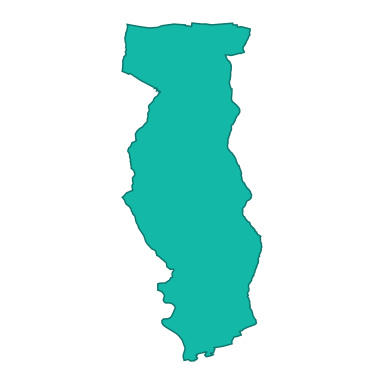 the district of Tetoiu, Vâlcea, Romania
{"feature_id": "2599482B45871606876108", "entity_name": "Tetoiu", "entity_type": "district", "adm_level": 2, "iso_a3": "ROU", "parent_name": "Romania", "parent_adm1": "Vâlcea", "projection": "robinson", "projection_center": [23.926, 44.772], "detail": "fine", "context": "isolated", "style": "filled", "palette": "teal", "viewbox_px": 384, "rotation_deg": 0, "n_neighbors": 0, "source": "geoboundaries", "source_scale": "gbopen_adm2", "svg_char_len": 6024}
<svg xmlns="http://www.w3.org/2000/svg" viewBox="0 0 384 384"><path d="M232.0,343.8L231.8,341.9L231.9,340.8L234.0,337.0L236.9,336.5L241.3,335.0L239.6,331.5L242.0,330.5L242.7,330.0L243.1,329.4L245.3,328.3L248.7,326.7L249.4,326.7L250.1,326.3L254.7,324.6L254.6,324.3L255.3,324.1L256.4,323.1L255.6,319.5L254.6,318.7L252.8,315.1L252.5,312.9L252.0,311.7L251.8,310.5L250.7,309.5L250.4,308.0L249.6,307.5L250.2,305.8L249.7,304.0L249.7,301.3L249.1,300.4L248.7,298.3L247.4,296.7L248.3,295.2L247.8,294.9L247.8,294.4L247.5,293.4L247.7,292.4L248.7,291.0L249.0,289.2L248.4,286.8L248.9,284.0L249.3,283.5L250.0,283.1L250.3,282.1L251.2,281.2L251.6,280.4L251.7,279.0L252.2,277.6L252.9,276.8L252.8,276.3L253.8,275.5L253.5,274.9L254.9,271.8L254.9,271.0L255.4,269.9L255.5,269.1L256.4,267.7L256.3,266.7L257.0,266.0L257.2,264.6L258.4,262.5L258.2,261.5L258.5,260.6L258.1,260.0L258.4,259.4L258.1,258.7L258.9,257.0L259.5,256.4L259.3,255.1L260.4,252.4L260.8,251.8L261.1,249.9L261.4,249.4L260.8,248.7L261.8,246.9L261.3,244.5L261.4,243.4L260.4,241.5L260.5,240.2L260.3,239.5L260.5,239.0L260.1,237.4L260.8,236.4L258.5,234.9L257.8,234.8L257.4,234.1L257.3,233.6L256.5,232.7L256.6,232.2L256.0,231.9L255.5,231.2L255.0,231.2L254.7,230.7L254.9,229.8L254.6,229.4L253.2,227.8L252.7,227.8L252.4,227.1L250.9,225.8L250.3,224.4L249.8,222.8L249.0,222.0L247.5,221.5L246.6,220.0L245.4,218.9L245.4,218.3L245.0,218.1L244.6,216.9L243.7,216.6L242.6,214.4L242.5,212.7L242.7,212.0L242.4,211.6L242.9,210.7L242.4,209.7L242.5,208.9L243.2,207.7L244.0,207.0L245.4,205.0L246.0,203.1L246.4,202.4L246.6,201.5L247.8,200.5L249.2,199.9L249.6,199.3L250.7,198.6L250.7,198.2L251.1,197.9L251.0,197.2L251.5,196.0L251.5,195.0L251.1,193.8L250.5,193.3L250.6,192.3L249.5,190.3L248.3,189.3L248.0,188.7L247.2,188.5L247.0,187.7L245.6,185.9L245.4,185.1L244.9,184.8L244.9,184.1L244.3,183.1L243.3,182.3L242.3,180.9L242.3,180.2L241.8,179.6L242.0,178.9L241.7,178.5L241.6,176.9L241.1,175.5L241.5,173.4L240.5,170.1L239.8,168.6L239.1,165.8L237.6,164.4L237.0,162.8L236.6,162.4L236.6,161.9L235.7,158.9L233.9,155.6L233.2,155.0L232.2,153.2L231.1,152.5L228.0,148.7L227.3,145.9L227.6,144.9L227.5,143.9L228.1,142.8L227.8,140.9L228.0,140.5L228.0,139.1L228.8,137.6L228.5,137.1L228.7,136.6L229.7,134.7L229.6,134.0L230.0,133.4L229.7,133.0L229.8,132.6L231.0,130.9L231.3,129.5L231.5,129.2L231.3,127.9L231.5,125.5L232.1,124.8L233.1,124.2L233.3,123.4L234.4,122.1L234.4,121.7L235.3,120.0L235.3,119.4L236.8,116.3L238.3,114.7L239.6,112.4L239.8,111.6L239.5,110.6L239.8,110.0L239.5,109.0L238.2,107.0L236.0,104.7L232.2,101.4L231.7,100.3L231.4,97.6L231.7,95.8L231.6,94.7L231.8,93.9L232.0,89.1L231.2,89.2L229.6,84.4L229.4,82.6L229.6,80.7L230.2,79.3L230.7,74.8L230.5,72.7L231.2,69.4L231.2,65.4L230.1,62.5L229.0,61.0L227.3,59.7L225.4,55.0L228.2,54.9L229.6,55.4L232.0,55.3L240.0,53.2L240.5,53.5L244.3,52.2L244.1,51.3L243.0,49.4L243.0,48.6L243.4,46.6L245.1,44.6L244.9,44.3L245.2,43.5L246.1,42.8L246.1,41.7L247.1,40.3L248.3,37.9L248.5,36.6L249.9,35.2L249.5,33.4L249.5,32.3L250.1,30.8L250.2,29.0L241.7,26.8L237.4,26.9L237.1,24.9L233.1,25.0L232.7,23.2L211.5,24.9L206.1,24.0L201.0,24.0L192.0,23.0L191.5,26.5L185.0,25.5L185.2,24.9L173.8,24.1L162.2,25.7L157.5,27.4L149.3,28.0L140.4,26.8L127.1,24.4L127.5,25.9L127.5,27.6L126.8,30.9L125.9,32.7L125.5,35.8L124.9,38.0L125.4,42.2L126.2,44.7L125.7,47.2L126.5,50.1L125.7,51.0L125.3,52.0L126.1,53.7L125.8,54.7L125.5,54.9L125.7,55.5L124.0,56.5L123.4,59.1L122.8,60.6L122.9,64.0L122.6,68.3L122.2,71.3L126.7,73.1L128.4,74.1L128.7,74.2L130.0,73.4L141.2,80.7L153.7,87.2L154.3,87.9L154.3,88.5L155.5,87.9L156.1,88.2L156.2,88.7L156.5,88.7L156.8,88.3L157.2,88.5L157.3,88.6L156.7,89.7L156.5,90.9L157.4,90.5L158.4,90.5L159.3,91.0L158.9,91.5L159.9,91.4L160.5,91.8L158.6,93.7L157.7,95.7L154.7,97.7L153.5,99.9L153.4,101.0L149.0,105.3L148.5,107.2L149.2,109.1L149.3,110.1L149.0,111.2L148.1,112.7L147.8,113.7L148.1,116.4L147.3,119.0L147.3,121.0L147.1,121.8L144.3,124.6L142.6,126.9L139.6,128.6L136.8,131.3L136.6,132.2L135.9,132.9L135.4,134.2L135.9,139.3L136.3,139.5L136.1,139.7L136.2,140.7L133.5,142.2L132.1,142.6L131.3,144.4L131.3,145.2L130.7,145.8L130.2,146.9L128.9,147.8L128.5,148.5L128.3,149.5L127.9,150.3L127.9,151.3L129.6,154.2L129.6,156.6L130.5,159.8L130.3,161.8L130.8,163.5L130.9,165.3L131.4,166.5L131.1,168.2L134.1,170.9L134.1,172.1L134.9,172.9L134.5,175.5L133.7,176.6L132.6,177.6L132.6,180.8L133.2,183.3L133.0,183.9L132.2,185.1L132.0,186.0L132.4,188.8L132.8,190.0L132.8,190.3L126.9,192.7L125.7,193.8L124.4,195.5L123.2,196.4L123.1,197.0L122.3,197.4L123.0,198.1L124.6,200.3L125.7,203.3L126.4,204.3L127.2,204.7L127.3,205.1L128.2,205.3L128.3,205.9L129.4,206.6L130.9,208.8L131.6,211.2L132.5,212.7L132.9,214.1L134.5,215.6L135.0,216.5L135.8,220.8L136.6,223.2L137.2,223.8L137.4,224.4L137.9,225.1L138.0,225.8L138.4,226.5L138.6,227.8L143.7,235.4L144.7,238.1L145.7,241.4L147.8,244.5L151.8,248.8L154.6,250.1L155.3,250.8L155.8,251.6L156.9,255.5L157.7,255.6L159.9,257.2L161.9,259.2L163.0,259.8L164.4,261.3L165.5,262.0L166.5,263.2L166.7,265.9L167.1,266.9L170.1,269.2L170.9,269.5L171.7,269.1L173.1,269.0L173.9,269.9L173.9,270.3L172.5,272.1L172.1,273.6L172.4,277.4L170.8,277.7L169.6,280.1L165.1,283.0L159.7,283.2L157.7,283.9L157.9,288.8L157.6,290.0L160.1,290.9L162.3,292.2L164.4,295.1L164.3,296.5L163.3,299.7L163.8,301.5L165.5,302.9L169.4,302.9L171.8,303.5L174.1,305.3L174.7,306.2L175.2,307.5L175.1,308.5L171.6,316.3L170.2,317.7L168.5,318.5L167.5,318.8L163.7,319.0L162.9,319.4L161.9,320.7L162.0,323.0L163.1,324.8L165.0,326.5L176.4,333.5L179.0,335.9L182.1,339.9L185.0,347.6L185.1,348.8L183.2,355.4L183.2,356.8L184.1,360.4L187.7,359.6L188.9,359.6L189.7,360.6L191.1,361.0L194.7,360.7L194.9,359.8L196.7,359.5L196.7,358.4L197.4,358.2L197.3,357.6L196.7,357.4L195.9,355.8L197.0,355.4L197.0,355.1L196.6,355.0L196.8,354.3L200.6,353.1L206.3,351.9L206.7,352.1L205.7,353.5L205.3,354.5L204.7,355.0L206.1,356.6L207.6,356.5L211.5,355.5L213.0,354.8L211.8,354.4L210.2,352.8L211.9,353.4L213.4,352.9L214.0,351.0L214.0,350.4L214.5,350.0L214.8,349.1L214.3,347.6L222.9,346.3L232.0,343.8Z" fill="#14b8a6" stroke="#0f766e" stroke-width="1.5"/></svg>